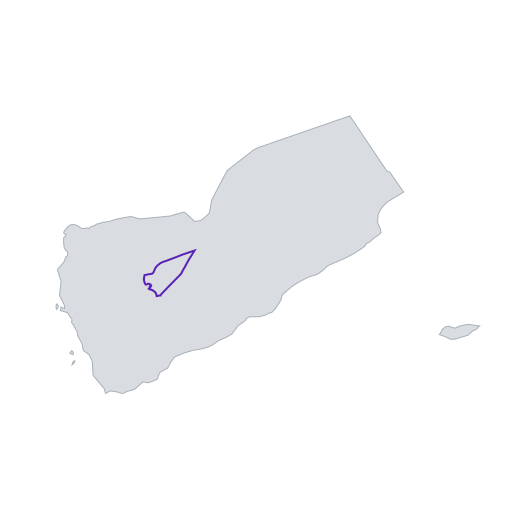 Ma'rib, Ma'rib, Yemen (highlighted), rotated 349°
{"feature_id": "15242507B71405176462371", "entity_name": "Ma'rib", "entity_type": "district", "adm_level": 2, "iso_a3": "YEM", "parent_name": "Yemen", "parent_adm1": "Ma'rib", "projection": "mercator", "projection_center": [45.401, 15.638], "detail": "fine", "context": "in_parent", "style": "outline", "palette": "violet", "viewbox_px": 512, "rotation_deg": 349, "n_neighbors": 0, "source": "geoboundaries", "source_scale": "gbopen_adm2", "svg_char_len": 5420}
<svg xmlns="http://www.w3.org/2000/svg" viewBox="0 0 512 512"><g transform="rotate(349 256 256)"><path d="M413.1,221.4L395.7,227.8L391.1,230.7L387.0,234.2L383.8,238.6L381.7,246.3L383.3,253.3L383.2,257.1L378.7,259.5L374.5,261.3L369.8,264.1L367.0,264.8L364.7,266.9L362.0,268.5L352.3,272.4L341.7,275.5L324.9,279.1L318.4,283.1L312.4,285.8L303.5,286.6L291.1,290.4L284.3,293.4L275.8,298.3L273.9,299.9L272.4,303.5L269.7,306.6L264.6,311.7L260.8,314.3L258.2,314.5L253.2,315.9L247.3,316.2L237.4,314.4L234.8,315.7L232.7,317.6L225.1,321.1L217.3,328.1L211.6,330.0L202.4,332.2L196.0,335.1L191.6,336.2L186.1,336.8L175.8,336.6L166.0,337.6L156.9,339.6L152.7,343.3L147.8,349.2L139.9,351.6L138.1,353.7L135.6,358.1L130.5,359.2L125.8,359.9L121.1,358.0L112.2,363.3L108.8,364.1L103.6,364.3L100.0,365.4L97.4,365.1L94.1,363.1L87.2,360.6L82.1,362.2L81.7,357.3L73.3,342.1L75.1,328.9L75.0,327.0L73.4,321.1L68.4,315.7L68.5,308.9L66.9,304.0L65.5,298.9L66.0,297.6L66.0,296.4L63.5,288.6L62.6,287.0L62.3,285.4L63.1,284.1L63.1,282.7L61.8,280.3L60.3,275.7L53.5,272.2L54.9,268.8L56.2,270.0L58.0,271.0L58.4,268.8L58.4,267.2L55.6,257.1L59.8,243.6L58.4,231.4L64.8,226.4L66.5,224.9L67.4,223.6L68.9,220.8L71.0,219.9L71.7,217.0L71.7,215.5L70.3,214.3L69.3,210.8L69.7,206.5L70.0,204.7L70.7,201.3L72.9,200.1L73.5,199.1L71.7,197.0L71.9,195.8L75.7,192.2L77.2,191.2L79.7,190.1L81.7,190.1L83.9,190.7L85.9,191.7L87.8,193.5L89.9,195.5L93.0,196.3L95.2,196.1L96.9,197.0L98.4,196.5L100.1,195.5L102.8,195.5L105.2,194.4L112.0,193.8L118.6,194.1L125.5,193.2L132.4,193.2L139.4,193.3L140.9,193.5L142.4,194.1L148.3,197.2L152.7,197.8L161.7,198.7L171.2,199.6L179.5,200.4L186.5,199.7L192.3,199.1L193.8,199.2L195.6,201.1L199.1,205.9L202.4,210.4L208.2,210.7L211.9,209.0L216.0,206.6L218.5,204.7L221.4,197.3L223.2,192.6L227.5,187.2L231.1,182.7L235.8,176.7L238.5,173.4L243.7,166.9L248.6,164.3L258.2,159.4L267.5,154.6L273.7,151.5L278.8,150.0L287.6,148.8L297.8,147.3L308.0,145.9L318.9,144.3L331.1,142.6L339.4,141.4L350.1,139.9L358.9,138.6L366.8,137.5L374.9,136.4L376.4,140.0L377.9,143.6L379.5,147.3L381.0,150.9L382.5,154.6L384.0,158.2L385.6,161.8L387.1,165.4L388.6,169.1L390.1,172.7L391.7,176.3L393.2,179.9L394.7,183.5L396.2,187.2L397.8,190.8L399.3,194.4L400.8,197.9L403.3,199.1L404.7,202.4L406.8,207.2L408.9,211.9L411.0,216.7L413.1,221.4ZM436.5,364.4L438.6,364.8L441.8,363.6L451.1,363.5L462.2,367.4L460.1,368.4L458.9,369.8L454.0,371.1L449.1,374.2L434.9,375.6L430.8,374.8L427.4,371.9L421.0,368.1L423.5,365.6L424.1,364.5L425.0,363.5L428.6,361.6L432.2,361.9L436.5,364.4ZM58.0,317.1L57.5,317.9L56.9,317.7L54.8,315.8L57.1,313.7L58.4,315.7L58.0,317.1ZM51.2,269.6L50.1,270.4L49.8,269.1L50.5,265.9L51.6,265.0L52.4,267.3L51.9,268.6L51.2,269.6ZM56.9,326.6L54.6,327.7L56.2,324.9L57.8,324.3L58.2,324.4L56.9,326.6Z" fill="#d9dde1" stroke="#a8b0b8" stroke-width="1"/><path d="M142.9,253.5L142.8,253.8L142.7,254.0L142.6,254.3L142.5,254.5L142.4,254.8L142.4,255.0L142.3,255.3L142.2,255.4L142.2,255.5L142.0,255.9L142.0,256.0L141.9,256.2L141.9,256.3L141.9,256.5L141.8,256.8L141.7,256.9L141.6,257.1L141.6,257.3L141.5,257.5L141.5,257.8L141.4,257.8L141.4,258.0L141.4,258.3L141.5,258.5L141.5,258.8L141.5,259.0L141.5,259.3L141.5,259.5L141.5,259.8L141.5,260.0L141.5,260.3L141.5,260.5L141.5,260.8L141.6,261.0L141.7,261.3L141.7,261.5L141.8,261.6L141.8,261.8L141.9,262.0L142.0,262.3L142.1,262.5L142.3,262.8L142.3,263.0L142.5,263.1L142.8,263.1L143.0,263.1L143.4,263.1L143.6,263.0L143.9,262.9L144.1,262.8L144.3,262.7L144.5,262.6L144.8,262.6L145.0,262.6L145.3,262.7L145.4,262.8L145.5,262.8L145.8,263.0L146.0,263.2L146.1,263.3L146.2,263.5L146.3,263.6L146.5,263.8L146.5,263.7L146.8,263.7L146.8,263.8L146.8,264.0L147.0,264.0L147.0,263.9L147.3,263.8L147.2,263.9L147.1,264.0L147.1,264.4L147.2,264.5L147.3,264.6L147.4,264.8L147.5,264.9L147.5,265.1L147.3,265.4L147.2,265.5L147.2,265.4L146.9,265.4L146.5,265.3L146.5,265.5L146.5,265.8L146.3,265.8L146.2,265.9L146.2,266.0L145.9,266.2L145.8,266.3L145.8,266.5L145.7,266.6L145.4,266.6L145.4,266.8L145.4,267.1L145.4,267.3L145.2,267.5L145.0,267.8L144.9,267.8L144.8,268.0L144.7,268.0L144.8,268.2L145.0,268.3L145.3,268.4L145.5,268.5L145.8,268.6L146.0,268.7L146.1,268.8L146.3,268.9L146.5,268.9L146.6,269.0L146.8,269.1L147.0,269.2L147.1,269.3L147.3,269.4L147.4,269.5L147.5,269.6L147.7,269.8L147.8,269.8L148.0,269.9L148.0,270.0L148.3,270.2L148.4,270.3L148.5,270.4L148.6,270.5L148.8,270.7L148.8,270.8L149.0,271.0L149.3,271.3L149.5,271.5L149.8,271.8L149.9,272.0L150.0,272.1L150.0,272.3L150.1,272.5L150.3,272.7L150.3,272.8L150.4,273.0L150.5,273.1L150.5,273.3L150.6,273.5L150.6,273.8L150.7,274.0L150.7,274.3L150.8,274.5L150.8,274.8L150.9,275.0L150.9,275.3L150.9,275.5L151.0,275.6L150.9,276.4L151.4,276.4L152.3,276.4L154.8,276.5L154.8,276.4L154.9,276.2L155.0,275.9L156.3,275.0L157.8,273.9L161.7,271.2L162.9,270.3L166.1,268.1L168.3,266.6L174.4,262.4L177.9,260.0L179.0,259.2L179.3,258.9L181.4,256.2L184.3,252.9L185.0,252.0L187.3,249.2L189.6,246.5L189.9,246.2L190.1,246.0L196.7,238.9L184.1,240.6L178.8,241.6L168.9,243.3L167.2,243.6L164.1,244.0L163.6,244.1L162.6,244.3L161.8,244.5L161.3,244.7L160.8,244.8L160.3,245.0L159.8,245.3L159.5,245.4L159.0,245.7L158.8,245.8L158.3,246.1L157.5,246.5L156.6,247.2L156.1,247.5L155.8,247.8L154.6,249.0L153.8,250.3L153.1,251.3L152.7,251.9L152.5,252.1L152.4,252.2L152.1,252.6L151.7,253.0L151.4,253.2L151.1,253.4L150.9,253.5L150.4,253.5L150.0,253.5L148.8,253.5L144.2,253.5L143.0,253.5L142.9,253.5L142.9,253.5Z" fill="none" stroke="#5b21b6" stroke-width="2"/></g></svg>